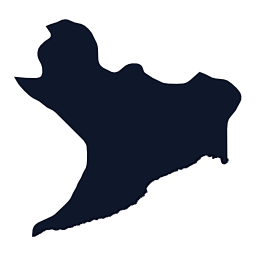 outline of Distrito Nacional, Distrito Nacional, Dominican Republic
{"feature_id": "3306468B63097535879723", "entity_name": "Distrito Nacional", "entity_type": "district", "adm_level": 2, "iso_a3": "DOM", "parent_name": "Dominican Republic", "parent_adm1": "Distrito Nacional", "projection": "orthographic", "projection_center": [-69.932, 18.483], "detail": "fine", "context": "isolated", "style": "filled", "palette": "ink", "viewbox_px": 256, "rotation_deg": 0, "n_neighbors": 0, "source": "geoboundaries", "source_scale": "gbopen_adm2", "svg_char_len": 5867}
<svg xmlns="http://www.w3.org/2000/svg" viewBox="0 0 256 256"><path d="M32.8,236.0L34.3,236.0L34.3,235.5L35.3,235.5L35.3,235.0L36.2,235.0L36.2,234.5L37.1,234.5L37.1,234.1L38.0,234.1L38.0,233.6L38.5,233.6L38.5,233.1L39.9,233.1L39.9,232.6L40.8,232.6L40.8,232.1L41.3,232.1L41.3,231.6L42.2,231.6L42.2,231.1L42.7,231.1L42.7,230.6L44.1,230.6L44.1,230.1L44.5,230.1L44.5,229.7L45.5,229.7L45.5,229.2L49.6,229.2L49.6,228.7L51.0,228.7L51.0,228.2L52.0,228.2L52.0,228.7L53.8,228.7L53.8,229.2L55.2,229.2L55.2,229.7L57.5,229.7L57.5,229.2L58.5,229.2L58.5,228.7L62.2,228.7L62.2,229.2L64.5,229.2L64.5,228.7L65.4,228.7L65.4,228.2L66.3,228.2L66.3,227.7L67.3,227.7L67.3,227.2L68.7,227.2L68.7,226.7L69.1,226.7L69.1,227.2L70.5,227.2L70.5,226.7L72.4,226.7L72.4,226.2L72.8,226.2L72.8,225.7L73.3,225.7L73.3,225.3L75.2,225.3L75.2,224.8L78.9,224.8L78.9,224.3L79.3,224.3L79.3,223.8L79.8,223.8L79.8,223.3L81.2,223.3L81.2,222.8L84.4,222.8L84.4,222.3L84.9,222.3L84.9,221.8L85.8,221.8L85.8,221.3L86.8,221.3L86.8,220.9L88.6,220.9L88.6,221.3L89.6,221.3L89.6,220.9L90.5,220.9L90.5,220.4L90.9,220.4L90.9,219.9L91.9,219.9L91.9,219.4L92.8,219.4L92.8,218.9L93.3,218.9L93.3,218.4L94.7,218.4L94.7,218.9L96.1,218.9L96.1,219.4L97.0,219.4L97.0,218.9L97.4,218.9L97.4,218.4L97.9,218.4L97.9,217.9L100.7,217.9L100.7,217.4L102.5,217.4L102.5,217.9L103.5,217.9L103.5,217.4L104.4,217.4L104.4,216.9L105.3,216.9L105.3,216.5L107.2,216.5L107.2,216.0L110.0,216.0L110.0,215.5L110.4,215.5L110.4,215.0L111.4,215.0L111.4,214.5L111.8,214.5L111.8,214.0L112.8,214.0L112.8,213.5L114.1,213.5L114.1,213.0L116.9,213.0L116.9,212.1L117.9,212.1L117.9,211.1L118.3,211.1L118.3,210.6L119.3,210.6L119.3,210.1L119.7,210.1L119.7,209.6L121.6,209.6L121.6,209.1L124.4,209.1L124.4,208.6L125.8,208.6L125.8,208.1L126.7,208.1L126.7,207.7L127.1,207.7L127.1,207.2L127.6,207.2L127.6,206.7L128.1,206.7L128.1,206.2L129.0,206.2L129.0,205.7L129.5,205.7L129.5,205.2L129.9,205.2L129.9,204.7L132.2,204.7L132.2,204.2L133.2,204.2L133.2,203.7L135.0,203.7L135.0,203.2L136.0,203.2L136.0,201.8L136.4,201.8L136.4,201.3L136.9,201.3L136.9,199.8L137.8,199.8L137.8,199.3L138.3,199.3L138.3,198.4L139.2,198.4L139.2,197.9L139.7,197.9L139.7,196.9L141.5,196.9L141.5,195.9L142.9,195.9L142.9,195.4L143.9,195.4L143.9,193.5L144.3,193.5L144.3,193.0L144.8,193.0L144.8,192.5L145.2,192.5L145.2,192.0L146.6,192.0L146.6,191.5L146.2,191.5L146.2,191.0L145.7,191.0L145.7,190.5L146.2,190.5L146.2,190.0L145.7,190.0L145.7,187.6L146.2,187.6L146.2,186.6L146.6,186.6L146.6,186.1L147.1,186.1L147.1,185.1L147.6,185.1L147.6,184.7L148.0,184.7L148.0,184.2L148.5,184.2L148.5,183.7L149.0,183.7L149.0,183.2L149.4,183.2L149.4,182.7L149.9,182.7L149.9,182.2L150.3,182.2L150.3,181.7L151.3,181.7L151.3,181.2L151.7,181.2L151.7,180.7L152.7,180.7L152.7,180.3L153.1,180.3L153.1,179.8L154.1,179.8L154.1,179.3L156.8,179.3L156.8,178.8L157.8,178.8L157.8,178.3L158.2,178.3L158.2,177.8L158.7,177.8L158.7,177.3L159.2,177.3L159.2,176.8L160.6,176.8L160.6,176.3L162.0,176.3L162.0,175.9L162.9,175.9L162.9,175.4L164.7,175.4L164.7,174.9L166.1,174.9L166.1,174.4L167.1,174.4L167.1,173.9L167.5,173.9L167.5,173.4L169.8,173.4L169.8,172.9L170.3,172.9L170.3,172.4L171.2,172.4L171.2,171.9L172.2,171.9L172.2,171.5L173.1,171.5L173.1,171.0L173.6,171.0L173.6,170.5L174.0,170.5L174.0,171.0L174.9,171.0L174.9,170.5L176.8,170.5L176.8,170.0L177.3,170.0L177.3,169.0L177.7,169.0L177.7,168.5L180.1,168.5L180.1,169.0L181.4,169.0L181.4,168.5L181.9,168.5L181.9,168.0L182.8,168.0L182.8,167.5L184.2,167.5L184.2,167.0L185.2,167.0L185.2,167.5L186.1,167.5L186.1,167.0L187.0,167.0L187.0,166.6L187.9,166.6L187.9,166.1L188.4,166.1L188.4,165.6L189.3,165.6L189.3,165.1L190.3,165.1L190.3,164.6L191.2,164.6L191.2,164.1L192.1,164.1L192.1,163.6L193.0,163.6L193.0,163.1L194.4,163.1L194.4,162.6L195.4,162.6L195.4,162.1L195.8,162.1L195.8,161.7L196.3,161.7L196.3,160.7L196.7,160.7L196.7,160.2L197.2,160.2L197.2,159.7L198.1,159.7L198.1,159.2L198.6,159.2L198.6,158.7L199.5,158.7L199.5,158.2L200.0,158.2L200.0,156.8L200.9,156.8L200.9,156.3L201.9,156.3L201.9,155.8L202.8,155.8L202.8,155.3L203.2,155.3L203.2,154.8L203.7,154.8L203.7,155.3L204.2,155.3L204.2,154.8L208.3,154.8L208.3,155.8L209.3,155.8L209.3,156.3L210.2,156.3L210.2,155.8L210.7,155.8L210.7,155.3L212.1,155.3L212.1,155.8L213.9,155.8L213.9,156.8L213.0,156.8L213.0,158.2L213.5,158.2L213.5,157.3L216.2,157.3L216.2,156.8L219.5,156.8L219.5,157.3L220.9,157.3L220.9,157.7L221.8,157.7L221.8,158.7L222.3,158.7L222.3,159.2L221.3,159.2L221.3,159.7L221.8,159.7L221.8,161.7L222.3,161.7L222.3,162.1L222.7,162.1L222.7,163.1L224.1,163.1L224.1,163.6L224.6,163.6L224.6,163.1L225.5,163.1L225.5,162.6L226.0,162.6L226.0,162.1L226.9,162.1L226.9,160.7L227.8,160.7L227.8,159.2L228.3,159.2L226.6,159.0L226.4,128.8L227.0,122.3L228.2,118.8L229.6,116.8L235.0,110.2L239.7,101.5L240.5,99.5L240.6,96.1L239.9,93.8L238.6,91.6L236.2,88.7L231.5,84.3L227.3,81.3L223.8,80.1L215.6,79.2L212.1,78.4L205.2,74.9L199.7,72.7L190.5,80.8L187.5,82.9L185.2,83.8L182.8,84.3L176.4,84.6L168.6,84.4L163.6,83.7L161.4,82.9L152.3,78.5L144.5,73.4L143.3,71.9L141.8,67.5L140.7,65.9L138.9,64.8L136.9,64.2L132.3,64.1L128.8,64.8L125.6,66.4L120.1,71.0L118.2,72.3L114.8,73.2L111.5,72.7L102.8,68.4L100.3,66.3L99.0,64.5L98.1,62.3L97.6,59.8L97.2,48.3L96.8,45.8L96.1,43.5L91.2,33.4L88.1,29.6L84.3,26.3L81.1,24.7L74.3,23.1L67.5,20.3L65.2,20.0L62.0,20.6L57.3,22.8L50.7,24.9L46.8,26.5L51.1,32.8L51.6,34.8L51.4,36.8L50.3,38.4L45.3,41.8L40.9,46.0L39.0,49.0L38.2,52.5L38.2,54.9L38.6,57.2L39.4,59.3L41.9,64.1L42.9,67.8L43.1,72.7L42.1,76.1L41.4,77.0L39.4,78.2L36.0,78.8L25.8,78.6L15.4,77.6L18.6,83.1L20.6,85.7L24.6,90.1L29.7,94.9L33.3,97.5L39.4,100.6L47.3,106.8L53.4,109.9L56.2,112.1L84.0,139.8L86.6,143.8L87.3,146.0L87.8,152.9L87.7,161.1L87.4,164.6L86.6,167.9L83.5,173.6L81.8,177.8L78.5,183.5L76.8,187.7L73.6,193.4L71.2,198.6L69.1,201.4L65.8,204.9L55.3,214.9L52.4,216.8L38.3,223.3L35.7,225.3L34.4,227.0L33.3,229.9L32.8,236.0Z" fill="#0f172a" stroke="#020617" stroke-width="1.5"/></svg>